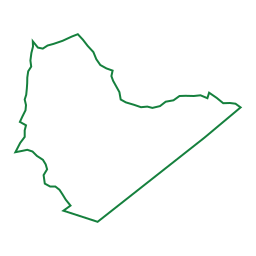 Jundiá, Alagoas, Brazil
{"feature_id": "56859067B87554604652350", "entity_name": "Jundiá", "entity_type": "district", "adm_level": 2, "iso_a3": "BRA", "parent_name": "Brazil", "parent_adm1": "Alagoas", "projection": "orthographic", "projection_center": [-35.546, -8.962], "detail": "fine", "context": "isolated", "style": "outline", "palette": "green", "viewbox_px": 256, "rotation_deg": 0, "n_neighbors": 0, "source": "geoboundaries", "source_scale": "gbopen_adm2", "svg_char_len": 965}
<svg xmlns="http://www.w3.org/2000/svg" viewBox="0 0 256 256"><path d="M32.8,41.3L33.0,46.6L31.4,52.9L30.4,60.5L31.2,66.6L28.2,71.3L27.3,77.5L27.2,83.2L26.8,88.9L26.2,94.8L24.7,99.5L26.0,105.1L25.5,110.3L22.3,116.7L19.9,121.9L26.0,125.3L24.7,130.3L24.7,136.9L20.2,142.9L15.4,152.2L22.1,150.9L27.3,149.8L32.5,151.5L36.9,155.9L42.9,159.8L45.7,164.4L47.1,169.3L43.6,175.1L44.8,183.6L50.1,186.5L55.3,186.5L59.5,189.8L62.7,194.7L65.7,199.6L70.5,205.6L63.4,210.7L97.6,221.8L113.9,209.0L204.4,137.7L240.6,107.4L235.5,103.7L229.9,103.0L223.2,103.2L216.7,97.9L209.1,92.7L207.4,98.2L200.5,95.3L193.8,96.0L185.5,95.8L179.5,96.0L173.5,100.3L165.7,101.7L160.0,106.1L152.4,107.9L147.3,106.6L141.0,107.2L134.0,104.8L125.9,102.4L120.7,99.5L119.4,92.1L113.1,80.8L111.4,76.1L112.6,70.6L106.4,68.4L100.3,65.0L96.3,59.2L93.4,52.1L87.6,45.8L82.9,39.7L77.8,34.2L71.7,36.6L62.6,40.8L53.5,43.9L47.6,45.5L42.8,48.6L37.9,47.6L32.8,41.3Z" fill="none" stroke="#15803d" stroke-width="2"/></svg>